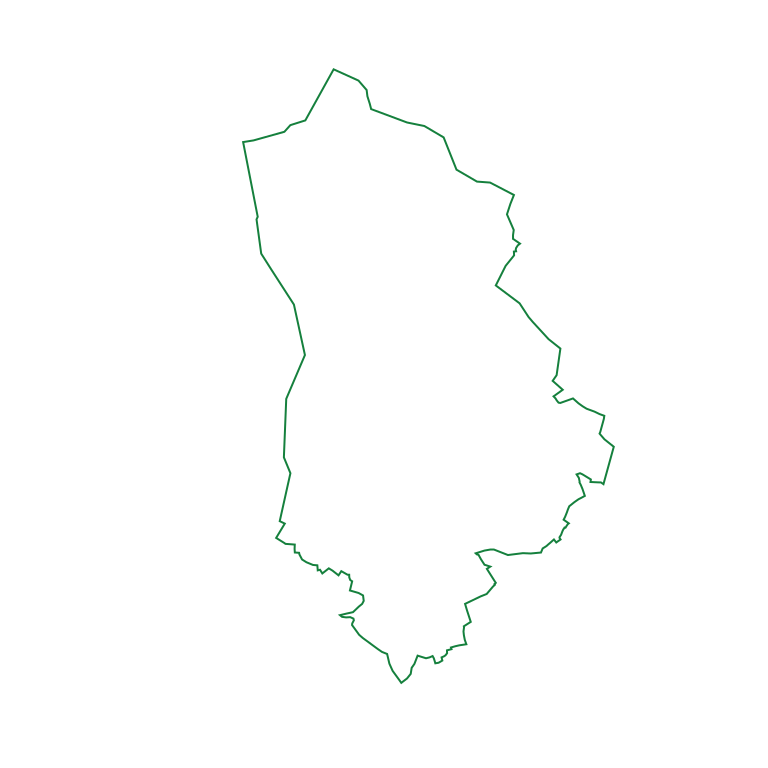 Oyi, Anambra, Nigeria, rotated 299°
{"feature_id": "59680162B91981903970684", "entity_name": "Oyi", "entity_type": "district", "adm_level": 2, "iso_a3": "NGA", "parent_name": "Nigeria", "parent_adm1": "Anambra", "projection": "natural_earth1", "projection_center": [6.865, 6.226], "detail": "fine", "context": "isolated", "style": "outline", "palette": "green", "viewbox_px": 768, "rotation_deg": 299, "n_neighbors": 0, "source": "geoboundaries", "source_scale": "gbopen_adm2", "svg_char_len": 2806}
<svg xmlns="http://www.w3.org/2000/svg" viewBox="0 0 768 768"><g transform="rotate(299 384 384)"><path d="M160.5,457.6L160.0,460.2L161.5,464.0L163.7,467.5L164.0,471.0L162.7,472.2L159.2,472.3L157.7,472.9L152.6,483.8L151.6,488.4L149.2,507.0L148.7,512.1L149.4,517.6L142.0,524.3L137.3,530.6L132.6,540.7L131.0,544.0L137.6,546.9L143.4,547.9L149.2,545.8L153.9,546.3L162.7,545.1L164.5,553.7L166.9,556.3L169.6,558.4L168.3,560.5L166.7,562.2L164.6,564.3L166.7,566.9L170.4,569.1L172.8,566.9L174.9,568.5L176.5,569.3L179.1,569.7L181.6,568.2L184.8,571.6L186.0,570.3L189.2,573.5L191.9,576.5L196.3,582.2L199.4,578.7L203.1,575.6L206.1,573.5L209.9,572.0L210.8,571.3L218.0,575.2L226.2,566.4L231.0,561.5L245.1,571.5L250.1,575.6L259.6,577.5L262.1,578.3L262.5,577.6L264.1,578.2L264.4,578.1L264.5,577.7L272.2,563.6L275.8,565.5L274.9,560.7L274.6,559.6L277.7,553.8L280.4,549.5L280.0,547.8L280.4,546.3L287.0,552.6L290.8,557.3L292.5,560.3L294.5,575.3L303.4,587.5L306.9,594.5L312.7,603.0L317.1,602.5L319.6,603.9L321.1,604.7L322.6,605.2L324.0,605.7L325.8,606.4L330.4,608.0L328.9,611.5L330.4,612.2L333.6,613.8L334.2,612.7L334.5,612.1L334.8,611.9L335.2,611.8L338.0,612.0L340.6,611.6L342.3,611.4L344.0,611.3L344.5,611.5L346.0,611.5L346.3,612.4L348.6,612.5L350.5,612.7L351.7,613.2L351.9,611.5L352.4,606.9L355.6,606.8L360.4,606.2L363.3,605.7L366.9,605.3L373.0,607.8L377.5,610.0L380.5,612.0L383.5,613.9L388.4,608.5L391.1,605.1L392.7,602.7L393.5,602.4L396.3,600.0L398.3,596.3L401.0,598.7L401.2,601.3L400.8,611.2L398.4,612.1L401.6,618.6L403.1,621.5L402.8,624.5L440.5,615.4L442.5,603.6L445.1,596.6L446.9,596.4L460.1,593.2L463.0,592.1L462.2,587.2L461.9,581.6L460.6,573.2L460.8,568.6L461.4,563.5L463.0,556.3L452.9,547.4L452.3,545.7L453.4,543.0L454.5,541.1L455.4,538.3L465.6,543.1L468.5,530.0L475.4,530.7L500.5,521.1L503.0,506.2L510.4,484.0L512.7,477.9L520.3,463.5L524.4,434.0L546.3,433.1L559.6,435.4L562.8,433.4L564.1,435.2L565.3,434.1L567.0,433.6L570.1,433.8L572.7,434.9L573.5,426.5L576.7,424.7L581.6,422.8L592.0,409.3L602.9,407.2L612.3,406.0L611.6,379.1L606.1,367.2L606.6,343.5L628.6,316.6L629.2,294.2L623.9,277.4L618.2,239.5L622.2,235.7L627.6,230.0L632.7,226.3L637.0,214.6L634.8,187.4L576.4,187.4L565.0,176.6L556.3,174.6L533.8,151.8L527.3,143.5L469.0,192.5L466.2,192.7L438.5,213.4L429.5,229.9L409.8,266.7L371.0,300.8L323.6,305.7L271.3,332.0L260.6,345.4L249.7,348.6L213.5,359.3L213.8,364.9L197.1,364.3L196.6,374.1L196.4,375.3L200.3,383.8L196.5,385.7L193.4,387.7L195.2,391.6L193.9,392.7L190.8,397.4L190.5,402.6L191.3,409.6L193.1,413.6L188.9,416.4L190.5,418.1L188.4,421.9L196.0,425.1L195.8,429.5L194.6,437.0L199.6,437.4L199.5,444.5L200.3,446.0L198.0,447.4L196.2,449.5L196.0,451.8L186.9,454.3L188.9,463.1L188.9,468.2L184.5,471.4L181.1,471.5L177.1,469.9L169.4,467.5L165.1,462.6L160.5,457.6Z" fill="none" stroke="#15803d" stroke-width="2"/></g></svg>